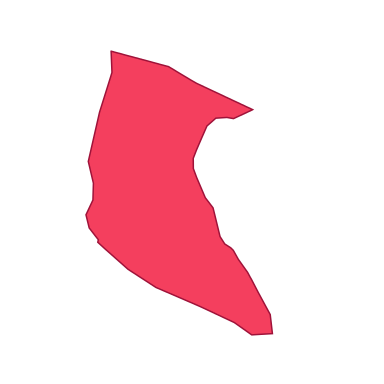 the district of Babanusa, South Kordufan, Sudan, rotated 118°
{"feature_id": "16777658B12271079488091", "entity_name": "Babanusa", "entity_type": "district", "adm_level": 2, "iso_a3": "SDN", "parent_name": "Sudan", "parent_adm1": "South Kordufan", "projection": "equal_earth", "projection_center": [27.395, 11.378], "detail": "fine", "context": "isolated", "style": "filled", "palette": "rose", "viewbox_px": 384, "rotation_deg": 118, "n_neighbors": 0, "source": "geoboundaries", "source_scale": "gbopen_adm2", "svg_char_len": 1555}
<svg xmlns="http://www.w3.org/2000/svg" viewBox="0 0 384 384"><g transform="rotate(118 192 192)"><path d="M283.2,241.6L290.3,212.1L293.2,179.0L289.3,131.0L287.4,93.4L290.1,72.2L285.8,65.2L279.3,54.5L263.5,65.4L249.5,86.5L241.3,98.4L239.8,100.8L236.9,105.1L229.7,119.5L224.1,128.2L223.1,131.5L222.5,138.7L218.2,146.3L200.9,161.7L196.1,166.0L190.8,177.6L177.1,194.6L170.7,201.8L161.7,206.7L152.5,207.8L138.7,208.9L126.7,209.8L115.6,205.6L109.8,196.2L107.7,189.8L91.0,177.2L90.8,177.1L90.9,179.0L90.9,180.1L91.0,181.1L91.0,181.4L91.1,182.6L91.2,184.2L91.3,187.8L91.4,188.7L91.5,190.2L91.5,191.6L91.6,193.2L91.6,193.4L91.7,194.4L91.7,195.0L91.8,196.6L92.0,200.5L92.0,201.6L92.2,204.4L92.2,205.4L92.3,206.0L92.7,215.4L92.8,216.9L93.2,224.8L93.4,229.0L93.5,230.7L93.9,239.0L93.7,245.4L93.7,245.5L93.5,248.8L93.3,253.1L93.1,257.0L93.1,257.3L92.9,260.7L92.9,261.2L92.6,265.4L92.5,267.3L92.4,270.3L92.3,271.3L92.3,271.6L92.4,272.0L92.8,273.6L93.4,276.2L93.4,276.3L93.7,277.5L94.2,279.6L94.5,280.9L94.7,282.0L95.6,285.8L95.9,287.1L96.2,288.5L96.6,290.4L96.7,290.8L98.2,297.3L98.5,298.3L98.5,298.7L99.0,300.6L99.5,303.1L99.6,303.3L99.6,303.5L100.0,304.9L100.5,307.3L101.3,310.6L102.2,314.4L102.3,314.9L102.7,316.6L103.2,319.1L103.8,321.7L103.9,321.9L105.1,327.1L105.2,327.8L105.4,328.3L105.4,328.6L105.5,328.8L105.5,329.1L105.6,329.4L105.7,329.5L124.0,318.8L128.5,317.9L164.9,311.1L213.7,297.9L230.5,283.2L245.6,275.7L261.9,274.9L272.0,265.9L276.3,256.4L278.1,252.3L280.6,251.6L281.8,247.0L283.2,241.6Z" fill="#f43f5e" stroke="#9f1239" stroke-width="1.5"/></g></svg>